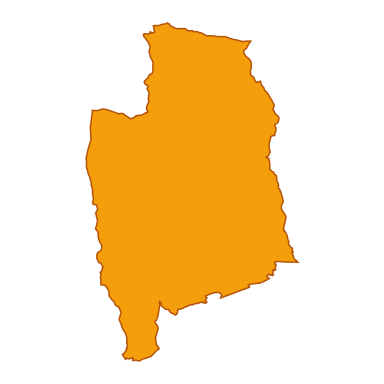 outline of Cosesti, Arges, Romania
{"feature_id": "2599482B79346869383870", "entity_name": "Cosesti", "entity_type": "district", "adm_level": 2, "iso_a3": "ROU", "parent_name": "Romania", "parent_adm1": "Arges", "projection": "robinson", "projection_center": [24.865, 45.071], "detail": "fine", "context": "isolated", "style": "filled", "palette": "amber", "viewbox_px": 384, "rotation_deg": 0, "n_neighbors": 0, "source": "geoboundaries", "source_scale": "gbopen_adm2", "svg_char_len": 5951}
<svg xmlns="http://www.w3.org/2000/svg" viewBox="0 0 384 384"><path d="M150.6,356.7L154.3,353.1L156.3,350.7L158.5,349.4L159.2,348.5L158.5,347.9L158.0,346.6L157.6,346.3L157.3,345.4L156.4,345.2L156.3,343.2L155.6,339.6L155.6,337.1L158.1,329.2L157.7,326.4L154.9,322.1L155.1,321.2L156.3,320.3L157.9,316.2L159.7,305.6L159.3,302.1L159.5,301.5L161.1,302.6L160.7,303.8L160.9,305.2L161.2,305.6L163.7,307.7L164.1,308.2L165.9,309.3L168.9,309.6L169.4,310.6L169.3,311.2L170.8,312.7L171.8,313.4L173.3,313.6L174.8,314.9L175.6,315.0L176.7,314.1L177.3,313.0L178.0,309.1L179.1,309.4L180.1,309.0L181.2,308.9L183.0,308.3L185.7,306.6L186.4,306.7L190.2,304.8L191.3,305.0L192.2,304.9L196.2,303.3L196.4,303.6L197.8,303.4L201.1,302.2L201.6,302.4L202.0,302.2L202.5,302.5L202.7,302.2L203.1,302.6L203.6,302.2L204.1,302.6L204.4,303.1L206.1,303.0L206.2,302.2L206.8,302.1L206.9,301.9L205.6,300.6L205.4,300.0L206.1,299.1L205.9,298.4L207.0,297.8L206.2,297.1L205.4,295.9L213.8,292.7L218.2,292.4L219.6,292.8L221.3,294.2L221.6,295.3L220.6,298.0L249.5,287.2L249.2,286.6L249.3,286.5L248.3,285.0L250.6,284.3L255.2,283.5L257.6,283.2L259.8,283.4L260.6,282.6L264.6,281.2L265.5,280.4L266.8,280.1L267.7,279.0L269.4,278.7L268.2,277.4L266.7,276.3L268.7,274.1L270.8,275.4L271.5,274.7L272.6,275.5L273.3,274.8L272.7,274.6L272.6,273.7L273.1,272.6L273.4,270.8L274.3,270.3L272.6,270.1L272.6,269.9L273.5,269.8L275.6,270.0L275.4,265.1L276.1,265.1L275.7,264.2L275.0,264.1L275.1,263.3L274.7,262.1L278.1,261.4L284.4,262.0L297.8,262.2L297.3,261.8L296.5,260.6L295.3,259.9L294.2,258.8L291.9,252.4L293.1,252.1L292.1,249.7L292.5,248.3L290.9,247.3L288.8,244.8L288.5,243.4L288.8,241.2L287.9,239.9L287.7,238.2L286.9,235.2L285.8,232.9L284.3,231.3L284.8,231.2L283.4,228.6L286.0,217.8L285.8,215.7L281.7,209.7L281.3,208.0L281.8,204.2L283.3,201.9L283.2,201.0L282.0,195.9L280.7,191.7L280.1,191.4L280.3,190.8L279.6,189.6L279.7,189.1L278.5,188.1L278.1,187.4L278.1,186.6L278.6,185.8L278.6,185.0L276.6,179.8L276.9,178.4L276.4,176.7L276.5,175.9L275.6,174.9L274.0,174.1L274.0,172.4L271.7,171.2L269.9,169.4L269.7,162.5L269.0,159.7L268.9,158.4L267.7,158.3L266.1,157.2L268.2,156.0L268.9,154.9L269.4,153.5L270.2,152.3L270.2,151.5L269.6,149.9L269.2,147.8L269.0,144.4L270.6,138.1L270.8,136.7L272.4,135.7L273.3,135.7L274.7,135.4L275.2,132.5L275.9,131.1L275.8,130.3L276.0,128.3L275.3,126.4L275.1,126.4L274.8,124.9L274.9,124.5L277.4,123.0L278.4,121.6L278.9,119.1L278.8,117.3L277.6,115.7L276.0,114.4L274.9,113.0L274.0,111.0L273.6,111.0L273.0,109.3L274.1,106.0L274.1,104.5L272.2,101.4L271.9,100.3L271.4,99.3L270.5,98.4L268.6,94.7L267.2,93.3L266.8,91.9L265.4,91.1L264.5,90.2L263.8,87.7L261.6,85.1L261.2,84.2L260.9,82.3L260.3,81.1L258.9,81.8L257.7,82.0L256.5,82.5L255.2,80.8L253.6,77.1L252.1,76.2L250.7,74.8L250.4,73.3L250.6,72.4L250.3,70.8L251.1,68.9L251.3,67.7L251.0,66.0L251.4,63.5L250.5,60.8L248.9,58.6L245.9,56.4L243.9,52.9L243.5,51.5L244.0,50.4L246.3,48.5L249.1,43.2L250.2,42.2L250.8,41.1L247.0,41.1L243.6,41.5L241.5,41.3L237.7,40.2L232.0,39.1L225.5,36.7L217.6,36.6L212.6,35.9L206.2,35.7L202.0,33.2L199.0,32.4L196.5,31.5L193.8,31.8L192.4,30.7L188.2,30.7L184.7,28.5L183.9,28.4L182.9,28.8L181.5,28.5L177.8,28.8L175.4,28.3L173.4,27.1L170.2,25.7L169.9,25.3L169.5,24.1L168.4,23.8L167.6,23.0L167.0,23.0L165.3,23.9L161.1,24.5L159.8,25.4L159.1,25.3L157.4,25.7L154.8,25.4L153.2,26.0L153.8,26.9L153.9,30.0L154.8,32.0L152.2,33.2L152.0,32.8L151.0,33.0L150.7,31.9L150.1,31.9L149.9,33.0L148.9,33.9L147.9,34.1L145.1,33.6L143.3,34.4L143.8,35.2L143.8,36.7L145.2,37.8L145.7,38.9L148.0,41.8L148.5,42.8L148.9,44.2L149.9,45.9L150.1,47.2L149.8,48.6L149.2,50.4L149.2,52.8L150.0,53.9L150.3,56.9L152.0,59.8L153.2,63.3L152.9,64.7L153.0,69.6L152.6,70.8L152.7,72.0L152.0,73.5L151.0,74.1L150.0,74.4L149.3,74.9L147.8,77.7L144.9,80.8L144.2,81.9L144.7,83.5L145.9,84.8L147.7,85.3L148.1,86.1L147.0,88.6L147.1,89.3L147.9,90.6L149.2,92.1L148.5,95.9L148.7,97.0L148.3,98.3L148.4,99.9L148.9,101.3L146.6,106.8L146.6,108.4L147.0,110.5L147.9,111.4L147.5,112.5L145.6,112.7L145.6,113.3L143.5,114.0L142.8,114.6L141.3,115.3L139.2,115.2L138.3,115.6L137.5,115.4L136.9,115.9L136.1,115.7L134.1,117.6L130.8,118.7L128.5,117.5L122.8,113.5L121.3,113.4L118.9,113.8L108.4,110.1L104.1,109.1L102.3,109.0L98.6,110.3L96.7,110.6L92.3,110.4L92.2,113.4L90.3,127.2L91.0,139.4L87.9,149.9L87.0,154.4L86.3,157.0L86.2,158.8L86.5,161.1L86.4,164.2L86.5,165.1L86.4,166.2L86.8,168.6L87.3,170.1L87.8,170.8L87.7,172.0L88.1,172.8L88.3,174.2L88.9,175.2L90.0,177.9L90.3,179.7L91.0,181.5L91.2,183.4L91.1,184.6L92.7,189.6L92.4,192.1L93.4,198.6L92.6,203.2L93.6,204.6L94.1,204.7L95.2,204.4L95.9,204.6L97.0,206.1L97.0,207.1L97.4,208.2L97.5,209.4L97.3,210.1L95.9,212.6L95.6,213.8L96.2,214.3L96.4,215.0L96.3,216.2L96.7,217.0L97.4,220.3L97.4,221.9L95.5,229.0L96.6,229.9L98.0,232.3L98.3,237.6L99.6,241.8L100.9,243.7L101.7,245.8L101.8,248.0L100.8,250.7L97.9,252.4L97.2,253.4L96.9,255.2L96.8,257.6L97.2,259.3L98.9,262.7L100.1,262.8L101.5,263.8L102.1,265.8L103.0,266.9L103.0,267.6L102.3,267.8L102.0,270.6L101.2,271.3L101.2,272.0L100.2,272.4L100.3,273.1L100.9,273.4L100.7,274.1L100.9,275.3L100.3,277.5L100.7,278.2L101.0,280.7L100.8,283.1L101.2,285.0L104.9,285.1L105.3,285.8L106.2,286.6L108.6,290.6L109.1,292.4L108.9,294.9L109.4,296.6L110.4,297.6L112.2,300.1L114.4,302.1L114.6,303.2L115.3,304.8L117.3,306.6L118.8,306.7L119.6,309.3L120.4,310.5L120.5,311.3L121.0,312.2L121.0,313.6L120.1,315.3L120.1,316.5L119.4,317.6L119.2,319.6L119.8,321.5L120.4,322.3L120.9,323.4L122.5,328.3L123.3,329.9L124.5,331.4L125.3,333.0L126.7,336.9L126.9,338.0L126.8,338.9L127.1,340.0L126.9,340.6L127.1,341.3L126.7,341.7L126.8,342.5L126.7,343.0L126.8,343.5L127.1,343.9L127.4,345.5L126.7,347.9L127.2,348.1L126.4,348.9L126.2,349.6L126.4,350.3L125.2,351.5L124.5,352.9L123.9,353.2L122.4,354.6L123.8,356.8L125.6,359.3L126.5,358.8L126.3,358.3L129.5,358.9L129.2,359.1L132.0,357.8L132.3,357.8L132.1,358.4L133.3,358.7L132.7,360.5L136.0,360.3L139.3,361.0L143.1,358.9L145.9,358.3L149.2,356.9L150.6,356.7Z" fill="#f59e0b" stroke="#b45309" stroke-width="1.5"/></svg>